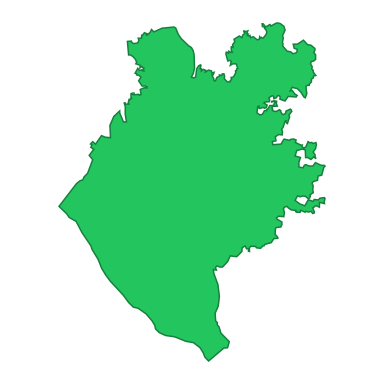 outline of Nawabganj, Rajshahi, Bangladesh
{"feature_id": "16705992B76725860359822", "entity_name": "Nawabganj", "entity_type": "district", "adm_level": 2, "iso_a3": "BGD", "parent_name": "Bangladesh", "parent_adm1": "Rajshahi", "projection": "robinson", "projection_center": [88.409, 24.691], "detail": "fine", "context": "isolated", "style": "filled", "palette": "green", "viewbox_px": 384, "rotation_deg": 0, "n_neighbors": 0, "source": "geoboundaries", "source_scale": "gbopen_adm2", "svg_char_len": 5878}
<svg xmlns="http://www.w3.org/2000/svg" viewBox="0 0 384 384"><path d="M263.3,23.9L262.1,23.8L262.4,26.6L265.3,27.1L264.5,28.3L266.1,30.0L266.8,32.4L266.0,34.6L263.2,38.0L262.2,38.2L261.3,37.3L260.4,38.0L259.7,36.8L259.2,39.4L257.2,39.8L253.2,36.7L250.6,37.7L250.0,35.4L248.3,36.0L247.4,35.3L248.3,34.0L246.8,33.6L247.8,30.9L245.8,31.6L244.0,30.8L243.7,31.7L244.9,33.2L242.7,35.2L241.9,37.7L239.3,36.0L234.0,39.3L234.8,42.0L232.6,44.5L233.1,47.4L231.5,46.7L231.1,47.3L231.4,50.7L232.3,52.3L230.5,52.3L228.9,51.2L228.6,53.2L227.0,52.1L226.1,52.3L225.9,54.1L227.8,61.0L229.9,60.4L231.2,61.4L230.3,65.4L232.8,63.8L236.2,63.9L237.7,68.3L236.6,68.9L236.5,70.5L235.5,70.8L235.7,72.8L233.5,76.9L231.1,77.5L231.6,79.5L230.2,80.6L230.4,81.6L229.5,81.9L227.2,81.8L224.3,78.7L224.6,76.4L223.9,73.8L222.2,73.9L221.8,75.5L219.4,74.9L219.5,76.1L216.9,77.4L215.5,80.7L214.7,81.0L213.7,80.0L213.9,78.9L212.0,75.5L212.2,74.4L213.3,74.7L214.1,72.3L212.0,72.8L211.3,70.8L208.5,70.1L205.4,72.0L205.7,70.3L203.1,69.3L201.4,71.0L201.2,68.7L200.2,68.7L201.0,65.2L200.4,64.9L198.6,65.8L196.6,69.0L195.7,76.9L193.9,77.9L191.4,77.1L193.3,73.5L194.5,68.1L194.1,54.7L193.2,50.8L191.4,47.5L188.5,45.7L181.2,38.6L178.4,34.6L175.7,28.0L174.0,27.0L162.0,28.2L153.9,31.9L151.5,29.5L150.2,32.2L147.2,35.2L146.2,34.7L146.9,33.7L144.4,32.7L142.7,35.1L141.7,35.2L141.5,38.2L138.2,38.2L138.9,40.3L137.7,43.0L133.5,43.6L131.6,42.2L131.4,41.1L127.4,41.4L128.6,55.0L130.5,54.9L133.2,56.8L135.7,59.7L136.6,62.6L135.8,63.8L140.1,65.3L140.0,67.9L141.8,66.4L142.7,67.8L143.8,67.9L143.8,69.3L143.0,70.2L143.6,70.9L142.3,70.7L142.0,69.8L139.4,70.4L137.8,68.3L135.1,73.2L136.6,73.7L136.6,74.9L139.1,75.5L141.0,77.2L138.6,80.8L142.1,86.1L145.3,85.9L147.2,87.1L146.9,88.1L144.4,87.7L140.2,89.5L141.1,94.4L139.2,95.3L138.7,94.3L134.2,94.8L133.9,92.3L133.9,94.4L132.1,94.3L132.1,93.2L131.0,93.7L131.0,98.3L132.2,98.3L129.1,99.4L129.4,100.2L128.9,100.2L128.2,102.9L128.9,104.0L125.6,104.2L125.1,102.8L124.2,103.0L125.3,106.7L125.2,114.1L126.5,121.8L123.5,122.0L119.8,113.2L119.7,110.9L113.8,116.5L109.9,125.4L110.5,137.7L105.2,137.2L101.5,135.6L95.6,144.1L92.7,141.7L90.5,144.0L92.0,144.9L90.8,147.4L93.8,149.2L89.2,155.4L92.7,159.7L87.6,173.3L84.0,177.0L82.8,179.9L80.1,180.7L76.5,183.6L59.0,206.4L66.9,214.0L69.1,217.4L76.1,221.4L82.0,232.6L91.0,246.0L92.0,249.3L98.1,259.3L101.7,268.4L105.6,274.8L110.2,281.1L123.2,295.1L128.7,302.6L133.4,307.2L138.0,308.2L146.0,313.8L152.1,320.9L154.8,325.4L155.5,328.9L159.2,332.6L165.6,335.5L174.6,336.8L185.9,341.3L193.6,342.7L200.1,347.8L203.2,352.8L205.0,357.3L208.6,361.0L223.8,348.1L227.5,347.8L229.3,341.7L220.9,333.1L219.1,327.0L217.2,324.6L217.3,322.5L215.7,321.0L215.1,313.3L218.2,306.2L219.4,296.5L217.9,284.5L213.9,273.7L213.3,269.6L216.4,270.1L215.4,267.4L217.0,265.9L220.0,267.1L222.6,267.0L227.7,261.5L230.2,255.9L236.7,256.7L241.9,251.5L242.1,247.9L244.4,246.3L245.3,246.1L246.6,248.8L248.7,248.7L248.4,251.1L249.5,251.5L249.4,248.0L250.6,246.3L255.6,246.4L256.4,247.8L260.6,248.3L262.8,245.9L264.1,245.8L264.8,244.4L271.3,242.6L273.9,238.6L277.8,238.3L277.7,237.2L275.1,234.3L275.4,229.4L275.7,228.0L276.9,227.4L280.8,227.0L281.9,224.7L281.9,222.0L276.7,218.9L276.4,217.9L278.6,216.2L283.8,216.7L284.4,212.4L283.4,208.9L284.5,207.1L287.3,206.4L288.3,207.9L291.3,209.9L296.0,210.5L295.7,211.6L296.7,212.3L300.1,212.3L300.7,210.3L305.1,212.2L306.0,211.4L308.5,212.0L311.2,211.4L312.7,213.5L314.0,213.2L314.4,211.9L312.7,208.0L316.0,205.6L319.4,207.2L319.5,202.4L324.5,203.6L324.2,202.1L325.0,198.4L324.3,197.6L319.9,198.2L318.4,199.9L314.1,199.5L313.2,201.4L308.3,199.7L304.8,205.8L299.8,203.9L295.1,200.4L297.5,195.9L300.3,196.8L302.5,196.0L305.4,196.3L308.2,198.6L309.6,198.1L310.5,195.9L309.8,195.0L313.3,192.6L312.8,189.7L313.2,185.8L312.2,183.9L312.3,182.6L313.9,181.3L317.5,180.4L318.1,176.0L321.7,175.2L323.8,167.5L325.0,166.2L324.5,165.4L321.0,165.3L315.4,162.6L312.9,166.0L309.0,166.0L305.7,164.6L304.4,165.2L302.9,167.8L298.9,167.0L298.9,162.4L300.5,157.5L295.1,156.0L296.7,150.6L302.5,149.0L305.3,150.1L305.6,157.6L307.9,157.6L310.9,159.5L313.8,156.9L316.0,158.7L315.0,156.4L315.1,154.9L313.2,152.0L315.5,148.8L316.4,144.6L315.9,142.6L312.7,143.5L311.8,142.4L309.8,142.8L308.1,141.6L306.0,146.6L304.1,148.1L301.7,146.5L302.2,145.0L301.2,145.2L295.4,142.5L296.1,140.0L293.7,139.0L290.5,139.4L289.4,140.3L284.0,139.1L281.0,144.1L272.7,144.7L272.4,141.6L276.0,140.8L275.3,136.8L278.5,134.6L282.2,134.9L282.5,131.9L281.7,129.1L283.1,127.2L285.2,121.0L286.0,120.7L286.6,123.1L287.4,123.6L289.6,116.9L288.9,115.1L291.8,111.4L291.2,109.8L290.3,109.1L286.0,111.1L285.6,113.1L284.1,114.4L282.3,114.3L280.6,111.5L280.8,110.7L279.5,109.7L276.2,111.5L273.2,111.0L272.3,110.3L272.7,109.1L271.9,107.7L272.8,106.4L277.3,106.2L276.4,103.4L276.6,101.2L274.1,100.8L271.7,101.4L271.7,102.0L274.2,101.4L275.2,102.0L273.1,105.6L269.9,105.5L267.9,108.8L266.7,109.3L266.8,110.6L264.4,110.7L262.4,114.4L259.8,114.9L256.9,112.7L257.8,106.4L258.9,106.1L258.7,107.9L259.8,108.5L262.6,107.5L264.8,108.2L266.3,107.3L267.2,105.1L263.9,103.0L265.8,101.9L269.4,101.7L269.7,99.9L268.9,97.8L272.2,95.7L273.7,96.4L273.9,98.7L276.2,97.8L277.6,95.7L279.1,95.6L280.2,96.9L279.9,99.2L285.0,101.0L288.2,96.4L296.2,97.0L297.2,95.4L294.7,93.9L292.3,90.5L290.2,90.9L292.2,87.4L297.3,88.6L300.9,92.2L303.9,97.0L305.3,97.8L306.8,93.7L305.9,86.5L307.4,85.3L309.3,85.3L309.4,84.0L311.4,82.0L311.5,79.1L313.3,77.9L313.6,75.9L315.8,75.5L313.2,72.0L313.2,70.3L311.8,69.1L312.2,66.6L310.6,64.1L311.2,61.6L313.7,61.0L315.6,59.5L315.6,54.8L313.8,52.5L315.0,50.1L314.9,48.5L311.1,45.3L307.5,44.6L303.5,40.2L297.4,44.1L293.2,44.2L294.2,48.3L297.1,49.3L297.0,51.8L296.1,52.9L293.0,53.7L290.5,51.7L287.2,51.2L282.7,46.0L283.1,44.1L282.4,42.5L283.3,37.9L282.5,35.8L285.1,30.1L283.9,26.3L280.3,23.6L278.0,23.0L276.2,23.1L271.0,26.0L270.0,24.5L265.6,27.0L263.3,23.9Z" fill="#22c55e" stroke="#15803d" stroke-width="1.5"/></svg>